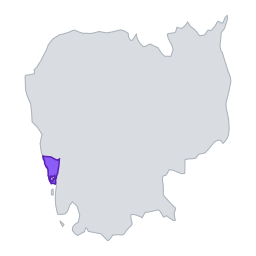 location of Mondol Seima, Kaôh Kong, Cambodia
{"feature_id": "14789045B23229264663112", "entity_name": "Mondol Seima", "entity_type": "district", "adm_level": 2, "iso_a3": "KHM", "parent_name": "Cambodia", "parent_adm1": "Kaôh Kong", "projection": "equal_earth", "projection_center": [102.98, 11.754], "detail": "fine", "context": "in_parent", "style": "filled", "palette": "violet", "viewbox_px": 256, "rotation_deg": 0, "n_neighbors": 0, "source": "geoboundaries", "source_scale": "gbopen_adm2", "svg_char_len": 5899}
<svg xmlns="http://www.w3.org/2000/svg" viewBox="0 0 256 256"><path d="M227.1,15.4L227.7,18.2L226.1,23.7L224.4,28.6L221.2,32.9L221.0,36.1L220.0,45.6L220.4,48.6L221.2,51.2L222.3,52.6L225.2,61.9L227.8,70.3L230.4,77.2L230.9,81.6L228.6,92.8L226.0,103.0L226.2,108.1L227.4,113.2L228.7,120.0L229.2,128.7L228.6,134.4L227.4,137.9L225.0,141.5L223.0,143.4L220.5,140.3L218.6,140.2L215.9,141.1L213.9,142.5L209.7,147.8L205.0,153.0L198.5,154.3L196.0,158.1L193.3,158.7L188.2,158.9L184.9,159.8L185.0,161.7L184.8,170.8L184.9,172.9L184.4,173.5L182.0,173.8L178.1,172.4L172.8,170.1L169.0,169.8L167.1,173.7L165.9,175.3L164.5,175.5L163.0,176.2L162.5,178.0L162.4,180.2L163.1,184.0L163.4,190.0L163.2,194.2L164.6,196.8L172.8,205.5L175.2,207.7L175.5,209.0L174.1,213.7L175.3,220.4L172.8,220.3L168.5,217.4L166.5,215.7L164.0,217.1L163.2,216.8L161.5,213.5L159.3,210.2L157.1,210.0L152.3,211.3L147.5,212.2L145.7,212.2L144.9,212.8L142.1,217.8L140.9,216.9L136.0,215.0L131.6,214.3L130.7,215.6L131.2,219.7L132.2,223.7L131.6,225.3L129.2,227.4L126.0,231.2L124.0,234.1L122.6,234.9L117.7,234.7L112.8,235.1L110.8,237.9L109.0,240.1L107.4,240.6L101.0,233.8L88.3,231.4L86.9,228.4L85.7,227.8L84.5,231.7L77.5,235.5L74.6,233.2L72.4,230.5L72.7,227.1L74.8,224.3L78.2,222.3L79.8,215.4L77.2,206.5L74.9,204.0L72.4,201.9L69.8,205.2L67.7,210.9L65.4,213.8L62.2,214.4L57.6,214.2L55.8,205.8L55.2,198.5L55.8,190.3L56.5,185.4L52.0,178.7L51.8,172.3L49.6,169.0L49.0,170.6L49.0,172.5L48.4,171.1L41.3,152.3L40.1,143.6L41.4,136.9L42.1,134.7L40.0,131.1L37.2,127.1L32.1,121.9L31.7,113.6L30.6,103.8L29.1,100.5L26.8,94.5L25.5,89.5L25.1,76.3L25.8,75.2L29.4,74.8L34.0,73.9L34.7,71.8L33.9,70.0L36.8,67.0L41.0,60.5L44.3,53.7L46.7,49.3L48.1,45.1L52.8,39.0L59.3,34.8L63.8,33.8L68.4,32.4L72.8,30.4L74.9,30.2L80.4,32.6L83.4,33.3L86.5,33.2L89.7,33.5L92.6,33.2L99.3,31.5L106.4,32.9L112.8,31.8L120.7,29.8L124.6,31.1L128.1,33.1L128.6,37.1L129.5,38.9L130.6,40.3L132.2,40.3L134.2,37.5L135.9,34.6L136.4,34.1L136.5,35.5L137.4,38.6L138.9,41.7L140.4,43.8L143.0,46.5L144.6,46.6L150.0,44.0L158.1,47.8L159.1,49.6L161.7,53.4L164.6,56.2L170.9,56.3L173.1,49.6L172.0,45.6L168.3,38.5L167.3,34.3L168.5,33.5L174.6,32.7L175.6,31.9L176.9,27.3L178.5,27.8L181.9,28.4L185.5,25.3L187.6,22.0L188.7,23.5L190.0,25.8L191.4,27.1L194.0,29.1L196.8,31.9L198.6,34.7L200.0,35.8L203.7,35.0L204.6,35.1L206.7,31.8L208.2,30.0L209.4,30.5L211.2,30.4L215.0,26.2L217.1,22.3L218.3,21.2L221.7,23.2L223.1,22.8L225.0,17.5L227.1,15.4ZM53.4,194.6L52.7,195.1L52.0,195.1L51.3,194.4L51.4,191.3L51.9,189.5L53.0,189.1L53.4,194.6ZM64.0,224.5L62.6,226.5L60.3,222.3L60.3,221.1L64.0,224.5Z" fill="#d9dde1" stroke="#a8b0b8" stroke-width="1"/><path d="M55.5,179.5L55.4,179.1L55.4,178.9L55.4,178.6L55.8,178.6L56.0,178.6L56.3,178.3L56.3,178.1L56.2,178.0L56.3,177.9L56.2,177.6L56.3,177.5L56.3,177.4L56.3,177.2L56.3,176.9L56.3,176.7L56.5,176.6L56.6,176.4L56.6,176.2L56.6,175.8L56.7,175.5L56.8,175.4L56.9,175.2L57.0,175.0L57.0,174.8L57.0,174.6L57.0,174.4L57.1,174.2L57.3,173.9L57.4,173.7L57.5,173.6L57.6,173.4L58.9,165.3L59.4,159.0L59.2,159.1L58.8,159.6L58.6,159.7L58.4,159.8L58.3,159.7L58.1,159.9L57.9,159.9L57.8,160.0L57.7,159.9L57.4,159.8L57.2,160.0L56.8,159.9L56.3,159.9L56.2,159.9L55.8,159.7L55.4,159.4L54.9,159.2L54.7,159.0L53.5,158.4L53.1,158.1L52.3,157.7L51.5,157.2L50.5,156.9L43.7,156.3L43.0,155.9L42.9,156.3L42.9,156.8L42.9,157.0L43.0,157.3L43.0,157.5L43.2,158.1L43.2,158.3L43.4,158.2L43.4,158.3L43.5,158.3L43.5,158.6L43.6,158.9L43.7,159.0L43.6,159.3L43.7,159.5L43.8,159.7L43.8,159.8L44.0,159.9L44.2,160.0L44.3,160.2L44.4,160.4L44.4,160.6L44.3,160.9L44.3,161.1L44.4,161.3L44.5,161.4L44.6,161.5L44.7,161.9L44.6,162.1L44.6,162.4L44.6,162.5L44.6,163.0L44.7,163.4L44.8,163.7L44.9,163.9L44.9,164.0L45.0,164.2L45.0,164.3L45.1,164.6L45.2,164.9L45.4,165.0L45.6,165.2L45.6,165.4L45.6,165.5L45.7,165.8L45.8,166.1L46.1,166.2L46.2,166.3L46.3,166.4L46.2,166.4L46.2,166.5L46.3,166.7L46.3,166.8L46.2,166.9L46.3,167.0L46.5,167.3L46.8,167.4L46.9,167.5L47.0,167.6L47.0,167.9L47.0,168.0L47.3,168.2L47.4,168.3L47.5,168.5L47.8,169.0L47.9,169.5L48.0,169.8L48.0,170.2L48.1,170.3L48.1,170.7L48.1,171.3L48.1,171.7L48.1,172.0L48.1,172.3L48.1,172.5L48.2,173.0L48.1,173.3L48.1,173.8L48.2,174.1L48.2,174.3L48.2,174.5L48.2,174.9L48.3,175.3L48.2,175.4L48.1,175.5L48.2,175.8L48.4,176.2L48.5,176.5L48.6,176.4L48.7,176.5L48.8,176.7L48.8,176.8L49.0,177.2L49.0,177.3L49.1,177.5L49.2,177.8L49.2,178.0L48.9,178.2L48.9,178.3L48.9,178.6L49.0,178.7L49.0,178.8L49.1,178.7L49.3,178.8L49.4,179.0L49.5,179.3L49.6,179.7L49.7,179.9L49.8,179.9L49.9,180.3L49.7,180.6L49.7,180.8L49.7,181.0L49.9,181.4L50.1,181.5L50.4,182.1L50.5,182.2L50.8,182.4L51.0,182.5L50.9,182.9L50.9,183.1L51.0,183.4L51.1,183.5L51.3,183.7L51.7,183.5L52.0,183.4L52.4,183.3L52.6,183.4L53.0,183.4L53.3,183.3L53.6,183.3L53.8,183.5L54.2,183.6L54.3,183.6L54.6,183.8L54.7,184.0L55.0,184.1L55.3,183.9L55.3,183.7L55.3,183.8L55.3,183.7L55.4,183.8L55.6,183.5L55.7,183.4L55.8,183.3L55.8,183.2L55.6,183.1L55.6,182.9L55.6,182.6L55.6,182.2L55.7,181.9L55.7,180.9L55.7,180.6L55.7,180.2L55.5,179.5ZM54.8,175.5L55.1,176.0L55.2,177.2L55.1,177.3L55.2,177.5L55.2,177.9L55.3,178.0L55.2,178.4L55.2,178.5L54.4,178.6L54.2,178.4L54.1,178.5L53.9,178.5L53.9,178.4L53.9,178.5L53.8,178.8L53.9,179.1L53.7,179.1L53.6,178.9L53.5,178.7L53.4,178.7L53.2,178.8L53.3,179.1L53.3,179.4L53.2,179.5L53.1,179.8L53.1,180.4L53.1,180.6L53.1,180.8L53.1,181.0L52.8,181.1L52.3,181.0L52.2,181.0L51.9,181.3L51.7,181.3L51.6,181.2L51.4,181.0L51.4,180.9L51.4,180.6L51.3,180.4L51.2,180.2L50.8,180.2L50.5,179.8L50.4,179.7L50.3,179.4L50.4,179.1L50.5,179.0L50.5,177.7L50.5,176.8L50.6,176.7L50.7,176.3L50.8,176.1L51.0,176.0L51.2,175.9L51.3,175.9L51.4,176.0L51.5,176.0L51.8,176.1L51.9,176.3L51.9,176.5L51.9,176.8L52.0,177.0L52.1,176.9L52.3,176.7L52.4,176.8L52.5,176.9L52.8,176.8L52.9,176.7L53.0,176.5L53.1,176.4L53.3,176.2L53.6,176.2L53.8,176.2L54.0,176.1L54.2,175.9L54.3,175.9L54.5,175.7L54.7,175.4L54.8,175.5Z" fill="#8b5cf6" stroke="#5b21b6" stroke-width="1.5"/></svg>